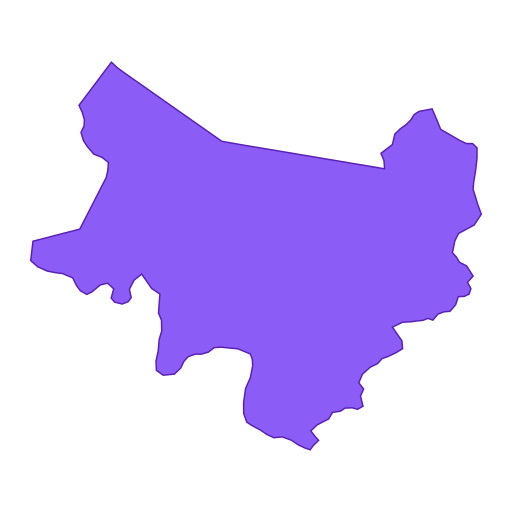 Santa Rosa do Piauí, Piauí, Brazil (Albers equal-area conic projection)
{"feature_id": "56859067B62490299296304", "entity_name": "Santa Rosa do Piauí", "entity_type": "district", "adm_level": 2, "iso_a3": "BRA", "parent_name": "Brazil", "parent_adm1": "Piauí", "projection": "albers", "projection_center": [-42.221, -6.814], "detail": "fine", "context": "isolated", "style": "filled", "palette": "violet", "viewbox_px": 512, "rotation_deg": 0, "n_neighbors": 0, "source": "geoboundaries", "source_scale": "gbopen_adm2", "svg_char_len": 1920}
<svg xmlns="http://www.w3.org/2000/svg" viewBox="0 0 512 512"><path d="M33.0,241.2L30.7,260.6L37.7,266.8L47.0,271.0L54.5,272.5L62.6,273.6L72.7,277.8L76.6,285.7L80.4,290.8L86.8,294.4L91.9,291.9L100.3,284.9L107.6,283.2L113.7,288.8L111.2,298.1L114.6,302.1L122.1,304.0L128.2,301.7L131.2,297.6L129.4,289.3L134.1,280.1L141.7,274.1L151.7,288.5L159.9,294.1L158.5,313.0L161.5,320.3L161.7,331.0L159.2,339.5L158.2,351.0L156.0,361.1L156.4,370.4L163.2,375.2L174.4,374.1L180.8,367.9L183.9,361.4L188.1,356.7L195.4,354.1L201.5,354.1L208.2,352.2L214.3,347.6L221.3,347.2L237.9,348.8L250.4,354.0L252.3,359.2L252.7,365.6L250.4,377.5L245.6,388.4L243.6,402.7L243.7,413.5L246.8,422.2L252.6,425.9L260.5,430.1L266.6,434.3L273.8,437.7L282.3,436.9L291.1,440.1L298.2,444.8L304.9,448.0L310.2,449.8L313.2,445.6L318.6,440.3L315.0,436.3L310.8,430.9L317.2,424.8L328.7,418.9L332.5,412.4L340.3,411.2L345.1,408.1L352.1,407.8L357.6,409.3L363.0,406.2L360.5,396.1L363.6,389.0L358.8,382.8L362.4,374.3L370.3,367.1L377.6,363.6L382.0,358.6L387.6,356.7L396.0,352.7L402.6,348.7L401.9,340.9L392.4,327.1L402.6,322.2L411.7,321.7L416.9,320.9L422.8,320.4L427.9,318.4L432.9,320.1L437.9,314.1L444.1,311.8L450.0,311.3L455.6,304.8L458.3,296.7L464.2,296.4L469.0,294.2L470.9,288.6L467.5,282.3L473.1,276.1L469.7,270.8L466.7,266.0L459.5,262.3L456.3,257.0L452.4,252.7L454.9,240.7L458.6,233.4L474.2,225.0L481.3,214.2L477.6,204.1L475.6,197.3L473.1,189.4L473.7,182.1L475.6,170.6L477.0,158.2L477.0,147.8L472.6,143.6L466.2,143.5L459.7,140.4L446.6,132.8L440.7,129.4L436.5,119.1L432.1,108.9L419.0,111.4L414.2,114.5L411.0,119.7L406.0,124.7L400.2,128.9L394.9,134.0L392.4,144.5L381.0,153.3L384.0,160.7L384.6,168.8L241.1,144.7L221.8,141.3L125.8,73.9L117.8,68.1L111.4,62.2L79.0,105.3L82.3,112.5L84.4,119.7L84.1,125.8L81.0,132.5L83.5,140.7L87.4,146.7L93.9,154.2L101.9,157.3L108.4,162.4L107.8,170.6L106.2,177.6L79.8,229.1L33.0,241.2Z" fill="#8b5cf6" stroke="#5b21b6" stroke-width="1.5"/></svg>